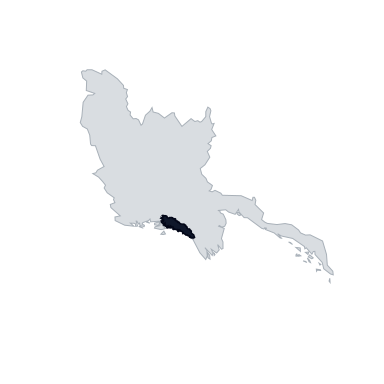 location of Thandwe, Rakhine, Myanmar, rotated 313°
{"feature_id": "60261553B46892654123535", "entity_name": "Thandwe", "entity_type": "district", "adm_level": 2, "iso_a3": "MMR", "parent_name": "Myanmar", "parent_adm1": "Rakhine", "projection": "albers", "projection_center": [94.444, 18.437], "detail": "fine", "context": "in_parent", "style": "filled", "palette": "ink", "viewbox_px": 384, "rotation_deg": 313, "n_neighbors": 0, "source": "geoboundaries", "source_scale": "gbopen_adm2", "svg_char_len": 9028}
<svg xmlns="http://www.w3.org/2000/svg" viewBox="0 0 384 384"><g transform="rotate(313 192 192)"><path d="M249.3,171.2L245.4,169.4L242.6,171.2L238.3,170.7L238.9,174.4L236.5,175.7L232.1,175.5L229.6,181.3L220.7,182.9L214.8,182.0L211.6,187.1L211.5,192.9L209.9,196.4L210.7,202.5L206.9,204.1L204.5,203.8L205.8,206.6L208.9,207.7L210.8,213.9L210.3,216.4L222.8,230.5L226.8,241.8L229.7,240.2L230.7,241.3L229.5,244.3L225.8,246.7L225.5,258.7L219.3,261.7L219.6,265.7L220.4,268.5L226.1,276.3L232.4,281.6L236.0,287.3L236.9,295.8L236.1,299.3L237.9,304.4L241.2,307.6L245.2,320.9L238.1,332.9L230.8,340.8L230.1,349.0L227.7,351.8L226.5,349.2L225.7,340.7L229.3,335.2L230.2,324.6L232.4,322.3L231.2,321.3L228.3,322.1L229.1,313.6L227.4,313.3L228.8,311.4L226.7,297.3L220.8,287.4L219.9,283.1L219.2,288.9L218.5,287.8L218.1,280.0L214.7,271.4L215.1,270.7L216.6,271.4L215.2,269.5L214.0,269.9L213.0,267.8L211.0,250.1L208.8,247.6L209.5,239.9L211.0,237.9L205.1,238.8L202.3,232.4L202.0,228.8L196.1,223.5L197.1,225.2L196.1,227.0L197.1,230.0L194.8,235.7L192.4,238.3L189.2,239.3L186.7,237.8L186.1,234.8L185.1,234.8L187.4,240.4L178.0,245.3L176.6,248.7L171.8,253.2L170.3,252.6L171.0,246.6L168.2,251.4L164.2,251.6L163.3,245.2L161.7,248.9L159.4,250.1L160.1,239.4L159.5,242.5L155.7,246.7L152.0,248.1L152.9,239.3L157.8,225.4L158.2,220.8L155.5,209.7L151.2,200.4L152.5,200.3L149.6,197.6L149.2,190.7L147.4,193.2L147.2,197.5L143.5,195.2L140.0,189.2L141.4,188.7L145.5,191.5L147.8,189.9L148.4,188.0L142.0,182.1L143.6,179.7L141.5,179.7L136.1,176.9L134.5,177.4L135.2,179.9L134.1,180.6L132.0,176.8L133.5,174.9L132.2,174.8L133.1,171.5L132.6,171.0L130.0,175.4L128.5,174.3L130.2,172.1L129.5,170.8L127.2,168.2L127.4,172.9L121.8,165.4L118.7,155.3L121.2,152.7L125.6,155.8L125.3,143.3L127.2,140.7L131.6,142.9L132.9,139.8L134.7,139.0L133.6,130.5L135.0,125.0L138.0,124.1L138.7,119.6L139.2,113.6L137.8,106.9L140.5,108.6L143.5,108.0L150.7,110.3L153.3,102.5L160.0,89.8L157.5,86.9L157.9,85.1L163.8,78.5L166.7,72.5L165.4,67.2L166.6,62.9L171.9,60.1L183.4,51.2L191.9,49.9L195.4,53.3L197.8,53.6L194.1,45.5L201.3,39.3L201.0,34.4L204.3,29.3L206.2,29.5L207.9,31.9L209.8,31.9L213.2,35.5L216.6,45.7L218.9,43.8L222.1,45.2L223.9,60.3L223.2,69.2L221.3,71.3L222.9,74.9L219.9,76.2L217.8,79.8L214.8,80.1L212.8,85.0L209.7,85.8L208.1,89.6L208.6,92.5L206.1,94.2L205.4,99.1L207.6,101.0L208.3,103.7L206.1,109.2L208.0,109.4L216.4,105.6L222.4,106.1L226.5,105.2L224.0,109.0L226.6,113.8L227.3,121.4L236.3,123.3L237.8,125.2L235.9,127.6L233.1,139.9L245.0,141.3L245.5,146.0L248.1,147.6L248.5,150.2L250.1,151.0L256.5,150.7L260.2,147.3L264.9,145.7L265.3,148.4L264.3,150.4L259.1,153.4L255.7,159.1L255.5,160.3L257.2,161.4L251.1,163.8L249.3,171.2ZM143.7,185.9L147.5,188.2L146.8,189.9L144.4,190.0L142.5,187.0L143.7,185.9ZM222.3,305.8L224.9,309.3L222.5,311.8L222.3,305.8ZM143.2,201.2L141.2,199.9L139.9,198.0L144.2,198.1L143.2,201.2ZM226.3,321.0L226.5,325.6L224.9,325.2L223.8,321.3L226.3,321.0ZM157.8,248.0L155.2,251.0L154.8,248.5L158.4,244.8L157.8,248.0ZM208.6,243.5L206.9,242.6L206.7,239.9L207.9,239.1L208.9,240.4L208.6,243.5ZM221.2,326.8L220.8,325.2L222.4,321.4L222.2,324.7L221.2,326.8ZM220.4,335.5L222.7,338.9L222.3,339.6L220.3,336.9L219.0,337.1L220.4,335.5ZM227.7,318.3L225.4,319.4L225.2,316.1L227.7,318.3ZM222.9,351.6L220.0,354.7L220.3,353.0L222.9,351.6ZM131.3,177.3L132.3,181.1L130.5,176.6L131.3,177.3ZM222.2,298.5L222.2,301.3L221.3,296.7L222.2,298.5ZM140.0,180.0L140.4,182.4L138.8,179.0L140.0,180.0ZM219.5,315.1L217.7,313.7L218.3,312.7L219.2,312.9L219.5,315.1ZM218.2,310.9L217.1,312.9L216.0,311.8L216.9,310.9L218.2,310.9ZM218.7,322.4L218.8,324.1L217.4,320.2L218.7,322.4ZM161.9,251.5L160.7,251.5L162.3,249.5L162.4,250.3L161.9,251.5ZM226.9,335.7L225.8,335.4L226.6,333.5L226.9,335.7Z" fill="#d9dde1" stroke="#a8b0b8" stroke-width="1"/><path d="M162.1,207.0L161.7,206.8L161.0,205.3L160.6,205.1L160.6,204.7L160.8,204.6L160.9,204.3L160.8,203.8L161.0,203.7L161.1,203.4L160.5,203.2L160.2,202.7L159.9,202.3L159.9,202.0L160.1,201.8L160.8,201.8L160.7,201.5L160.8,201.3L160.6,201.1L160.6,200.8L160.6,200.7L160.1,200.0L160.2,199.7L159.9,199.6L159.8,199.2L160.1,199.0L160.1,198.8L160.2,198.7L160.4,198.8L160.9,198.7L161.0,198.5L161.0,197.9L160.7,197.5L160.4,197.4L160.0,197.1L160.0,196.4L159.8,196.4L159.9,196.2L159.5,195.6L159.8,195.1L159.5,194.8L159.3,194.2L158.9,194.0L158.7,193.7L158.4,193.5L158.2,193.1L157.8,193.0L157.7,193.2L157.3,193.2L157.1,192.6L156.8,192.5L156.8,192.3L156.6,191.9L156.5,191.7L156.3,191.1L156.5,190.8L156.8,190.8L157.0,190.6L157.1,189.8L156.9,189.6L156.7,188.9L156.4,188.6L156.2,188.6L156.2,188.4L155.7,187.9L155.6,187.3L155.3,187.1L155.2,187.1L154.6,186.6L154.6,186.3L154.4,186.3L154.4,186.5L154.8,187.2L154.6,187.5L154.6,187.9L154.4,187.9L154.2,188.1L153.8,188.1L153.4,187.6L153.2,187.6L153.1,187.8L153.0,188.1L152.9,188.2L152.6,187.4L152.1,187.4L152.1,187.2L151.9,187.4L151.6,187.3L151.7,187.6L151.8,188.1L151.7,188.6L151.9,188.8L152.3,188.9L152.3,189.2L152.3,189.8L152.0,190.3L152.1,190.5L151.7,190.8L151.5,190.7L151.5,190.8L151.3,190.9L151.3,190.6L151.0,190.6L151.2,190.4L151.2,190.1L151.2,189.9L150.9,189.6L150.4,189.5L149.9,189.4L149.7,189.2L149.0,190.3L149.0,191.0L149.3,191.6L149.6,191.6L149.2,191.7L148.9,193.1L149.0,193.6L149.4,193.5L149.6,192.8L149.4,192.4L149.6,192.8L149.5,193.5L149.9,193.1L149.9,192.5L150.0,193.1L150.5,193.1L150.6,192.7L150.6,192.9L150.5,193.1L150.0,193.1L149.7,193.5L148.9,193.9L148.9,194.3L149.3,194.4L149.5,194.2L149.8,194.2L150.0,193.9L150.3,193.6L150.5,193.6L150.8,193.6L150.6,193.8L150.5,193.7L150.3,193.5L150.3,193.8L150.0,193.9L149.9,194.2L150.4,194.3L149.5,194.4L149.2,194.9L149.5,195.0L148.9,195.8L149.1,196.0L149.1,196.7L149.3,196.8L149.0,196.9L148.9,197.6L149.3,197.6L149.6,197.9L149.8,197.8L150.0,197.4L150.0,196.8L150.3,196.3L150.1,197.0L150.1,197.4L149.9,197.8L149.6,198.0L149.5,197.9L149.3,197.6L149.1,197.7L148.7,198.3L149.0,198.5L149.4,198.4L149.6,198.1L149.9,198.3L150.1,198.0L150.3,197.8L150.5,197.8L150.3,198.0L150.3,198.3L150.7,198.1L150.9,197.6L151.2,197.6L151.2,197.8L150.9,197.7L150.8,197.8L150.9,198.4L150.8,198.7L151.3,198.5L150.9,198.8L150.7,198.8L151.3,199.6L151.5,199.5L151.4,199.4L151.6,199.2L151.7,199.3L151.5,199.9L151.7,200.1L151.8,200.0L151.9,199.6L152.1,199.5L151.9,199.7L151.9,200.0L151.7,200.2L151.9,200.4L152.3,200.4L152.5,200.1L152.5,200.4L152.8,200.3L152.9,200.5L152.7,200.4L152.6,200.5L152.0,200.6L151.5,200.3L151.1,200.4L151.1,200.5L151.4,200.6L152.1,201.2L151.1,200.6L150.9,200.3L150.7,200.3L150.8,200.5L152.0,201.5L152.4,202.0L152.5,202.6L152.4,202.7L152.6,203.3L152.5,203.7L152.8,203.5L152.7,203.7L152.8,203.9L152.7,203.8L152.4,204.0L152.7,204.2L152.6,204.3L153.2,205.1L153.3,205.4L153.6,205.6L153.8,206.1L154.0,206.3L154.0,206.9L154.7,206.9L155.0,207.2L154.9,207.6L155.1,207.8L154.9,207.9L154.7,208.0L154.9,208.2L154.7,208.3L154.4,208.2L154.1,207.7L154.2,208.1L153.9,208.1L153.8,207.8L153.6,208.4L153.7,208.9L154.0,209.0L154.0,208.9L154.5,208.9L154.7,209.0L155.0,208.9L155.2,209.0L155.5,209.7L155.2,209.8L155.6,210.3L155.9,210.1L155.9,209.7L156.0,209.6L156.0,209.9L155.8,210.4L155.9,210.6L155.7,210.4L155.8,210.7L155.6,210.8L155.9,210.8L156.3,211.9L156.4,212.8L156.3,213.1L156.5,213.4L156.5,213.5L156.4,213.2L156.2,213.1L155.9,213.4L156.0,213.4L156.0,213.5L155.8,213.4L155.8,213.2L155.6,213.2L155.5,213.3L156.4,215.0L156.5,215.8L156.3,215.9L156.5,216.4L156.3,216.8L156.4,217.0L156.5,217.2L156.7,217.3L157.0,217.5L157.4,217.9L157.3,218.2L157.3,218.3L157.2,218.4L157.3,218.6L157.3,218.9L157.5,219.0L157.6,219.7L157.8,219.4L157.9,219.6L158.0,219.3L157.9,219.6L158.1,219.9L158.0,220.2L157.8,220.4L158.1,220.7L158.3,220.7L158.2,221.0L158.4,221.1L158.4,221.3L158.5,221.2L158.5,221.8L158.5,222.0L158.4,221.3L158.3,221.1L158.1,221.0L157.7,220.3L157.3,221.1L157.7,221.7L157.7,222.1L157.7,222.3L157.8,222.8L158.5,223.2L158.7,223.6L158.8,223.9L159.0,223.6L159.3,223.8L159.4,224.1L159.6,224.3L160.0,224.3L160.1,224.8L160.4,224.9L160.5,224.9L160.7,224.2L161.0,224.1L161.1,223.5L161.6,223.0L161.5,222.7L161.8,222.4L161.8,222.2L161.8,221.8L161.6,221.5L161.5,221.1L161.3,220.9L161.4,220.7L161.6,220.6L161.5,220.2L161.5,219.8L161.6,219.7L161.5,219.3L161.8,218.9L162.3,218.8L162.4,218.7L162.5,218.4L162.9,218.2L163.0,217.7L162.9,217.6L163.0,217.3L162.9,217.2L162.9,216.6L163.1,216.3L163.2,215.9L162.9,215.6L163.1,215.1L162.5,214.6L162.4,214.4L162.3,214.2L162.0,213.4L162.1,213.2L162.3,213.1L162.3,212.8L162.6,212.7L162.6,212.4L162.9,212.3L163.0,212.1L163.1,211.9L163.0,211.7L162.9,211.6L162.8,211.2L162.6,210.8L162.7,210.6L163.0,210.6L163.0,210.3L163.3,210.2L163.4,209.8L162.9,209.3L163.1,208.8L162.9,208.5L163.1,208.1L163.0,207.9L162.9,207.8L162.6,207.8L162.4,207.3L162.1,207.0ZM150.3,198.3L150.3,198.1L150.4,197.8L150.2,198.0L149.9,198.4L149.6,198.2L149.4,198.7L149.8,198.8L149.8,199.0L150.5,199.0L150.7,198.8L150.7,198.1L150.4,198.3L150.3,198.3ZM148.9,195.3L149.3,195.2L149.1,195.0L148.9,195.1L148.9,195.3ZM148.8,195.1L149.1,194.9L149.1,194.6L148.7,194.9L148.8,195.1ZM148.5,194.1L148.7,193.8L148.6,193.7L148.4,193.8L148.5,194.1ZM152.3,203.8L152.2,203.8L152.3,203.9L152.3,203.8Z" fill="#0f172a" stroke="#020617" stroke-width="1.5"/></g></svg>